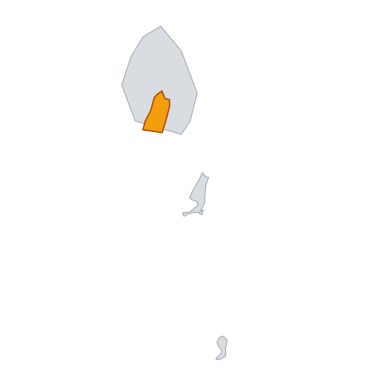 Saint Vincent and the Grenadines, with Saint Andrew highlighted, rotated 333°
{"feature_id": "VCT-5065", "entity_name": "Saint Andrew", "entity_type": "Parish", "adm_level": 1, "iso_a3": "VCT", "parent_name": "Saint Vincent and the Grenadines", "parent_adm1": "", "projection": "mercator", "projection_center": [-61.224, 13.201], "detail": "fine", "context": "in_parent", "style": "filled", "palette": "amber", "viewbox_px": 384, "rotation_deg": 333, "n_neighbors": 0, "source": "natural_earth", "source_scale": "10m", "svg_char_len": 957}
<svg xmlns="http://www.w3.org/2000/svg" viewBox="0 0 384 384"><g transform="rotate(333 192 192)"><path d="M222.5,128.0L208.6,135.8L173.7,102.9L177.9,64.8L199.0,43.8L218.9,31.5L239.4,30.1L246.5,61.7L241.5,106.2L222.5,128.0ZM198.0,207.8L190.4,213.1L193.9,213.1L190.4,216.7L188.0,213.1L184.2,210.9L179.4,209.9L173.9,210.1L173.9,206.4L180.9,208.7L191.7,206.5L191.8,202.5L188.6,199.0L187.1,196.5L191.1,192.6L204.3,184.1L209.9,179.5L210.5,181.4L210.7,183.1L211.4,184.8L213.4,186.5L206.6,193.1L198.0,207.8ZM146.6,353.6L141.8,353.9L137.5,352.2L138.6,350.7L144.0,349.5L146.6,346.3L145.7,342.0L145.9,337.3L150.2,334.3L153.5,334.0L154.9,335.9L155.9,340.3L153.4,343.7L150.6,346.5L149.2,350.7L146.6,353.6Z" fill="#d9dde1" stroke="#a8b0b8" stroke-width="1"/><path d="M192.4,125.5L176.5,114.2L182.6,107.6L192.3,100.6L201.0,91.0L204.7,89.4L211.0,88.4L210.3,96.4L213.8,99.5L211.0,105.4L200.4,117.2L192.4,125.5Z" fill="#f59e0b" stroke="#b45309" stroke-width="1.5"/></g></svg>